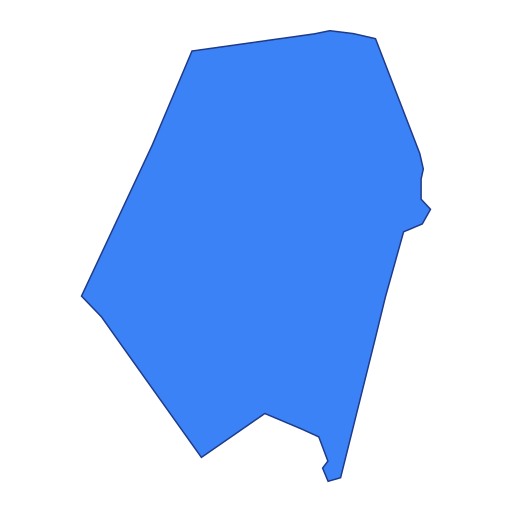 outline of Madeinat Kassala, Kassala, Sudan
{"feature_id": "16777658B62122659764533", "entity_name": "Madeinat Kassala", "entity_type": "district", "adm_level": 2, "iso_a3": "SDN", "parent_name": "Sudan", "parent_adm1": "Kassala", "projection": "equal_earth", "projection_center": [36.396, 15.436], "detail": "fine", "context": "isolated", "style": "filled", "palette": "blue", "viewbox_px": 512, "rotation_deg": 0, "n_neighbors": 0, "source": "geoboundaries", "source_scale": "gbopen_adm2", "svg_char_len": 450}
<svg xmlns="http://www.w3.org/2000/svg" viewBox="0 0 512 512"><path d="M201.4,457.4L264.8,413.5L301.5,429.0L318.8,436.9L327.9,461.1L322.6,468.1L328.1,481.3L340.6,477.7L374.1,343.2L385.4,297.0L403.6,231.8L422.3,223.9L430.5,209.3L421.1,199.2L421.1,179.1L423.3,169.0L419.8,153.6L375.5,38.7L353.4,33.6L329.8,30.7L314.7,33.8L192.0,51.0L152.2,145.2L81.5,296.1L101.5,316.9L123.5,348.0L201.4,457.4Z" fill="#3b82f6" stroke="#1e3a8a" stroke-width="1.5"/></svg>